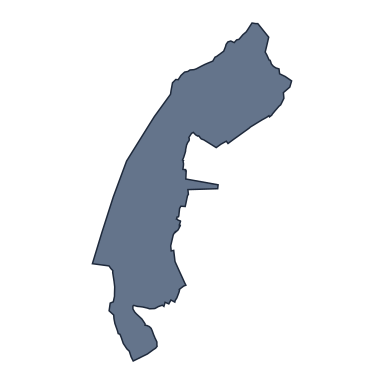 the district of Baile Tusnad, Harghita, Romania
{"feature_id": "2599482B24277216401355", "entity_name": "Baile Tusnad", "entity_type": "district", "adm_level": 2, "iso_a3": "ROU", "parent_name": "Romania", "parent_adm1": "Harghita", "projection": "albers", "projection_center": [25.861, 46.146], "detail": "fine", "context": "isolated", "style": "filled", "palette": "slate", "viewbox_px": 384, "rotation_deg": 0, "n_neighbors": 0, "source": "geoboundaries", "source_scale": "gbopen_adm2", "svg_char_len": 3014}
<svg xmlns="http://www.w3.org/2000/svg" viewBox="0 0 384 384"><path d="M252.0,23.0L249.6,26.7L247.6,29.8L246.2,31.9L243.0,34.6L239.0,39.3L236.6,39.9L234.2,42.6L230.8,41.0L227.9,41.9L226.1,44.4L225.5,46.7L223.7,51.2L216.7,56.4L215.0,57.2L212.8,61.1L210.4,62.1L207.9,63.1L204.9,64.4L201.7,66.0L196.4,68.8L194.1,69.6L189.9,70.0L188.0,71.4L184.6,72.1L181.0,75.4L178.2,79.7L175.8,79.5L172.5,82.8L171.8,86.7L171.1,90.4L170.5,94.3L154.4,116.5L149.8,123.8L126.6,161.0L113.3,196.9L101.8,232.8L92.4,263.7L109.0,265.9L110.9,268.6L112.8,270.6L112.7,272.5L114.1,281.6L114.7,286.9L114.5,294.3L114.5,296.3L113.3,301.8L110.2,303.1L109.1,310.8L113.7,315.0L114.0,318.8L114.9,323.5L117.5,330.9L118.2,333.6L120.0,334.3L121.3,337.6L123.3,343.5L126.9,348.9L129.3,351.2L131.1,356.8L133.2,361.0L142.7,356.3L147.4,354.0L153.3,349.7L155.6,348.2L157.1,346.3L156.9,345.0L156.9,342.0L155.4,338.8L154.9,337.9L154.6,337.0L154.2,336.1L153.6,334.7L152.3,331.0L151.1,328.3L149.3,326.6L146.9,325.5L145.0,325.2L145.1,324.3L145.0,323.7L144.6,323.1L142.7,320.2L141.8,318.9L136.5,314.0L134.8,312.2L133.2,309.5L132.9,308.7L132.9,307.8L132.9,306.6L133.0,306.1L133.3,305.6L133.8,305.4L137.4,306.4L139.8,306.6L142.8,307.0L147.5,308.1L149.5,308.8L154.1,308.6L154.9,308.5L156.6,307.6L158.3,306.6L162.3,305.2L163.9,306.4L165.1,302.3L168.8,303.9L170.9,300.0L174.8,302.1L175.2,300.5L175.4,300.2L176.8,298.0L177.8,295.4L179.0,292.2L179.6,289.8L179.3,289.4L180.2,288.7L183.6,286.1L185.9,285.2L184.6,282.7L181.8,276.5L180.0,272.6L175.8,263.3L175.0,261.5L173.7,250.4L171.2,250.9L170.7,245.9L173.2,235.1L173.5,234.4L174.3,233.1L175.2,231.9L175.4,232.1L175.5,231.8L175.7,232.0L176.5,231.3L177.0,230.8L177.4,230.6L177.8,230.2L178.3,229.5L179.4,227.4L179.4,226.3L179.5,226.0L180.0,226.2L180.3,225.3L179.3,224.9L180.2,222.4L180.5,221.3L180.5,221.1L180.1,220.8L178.2,220.2L177.0,219.0L176.5,219.0L177.1,217.0L178.5,216.8L178.8,215.7L179.6,208.4L180.9,206.2L185.2,206.5L185.5,205.1L185.8,203.8L187.5,195.7L188.4,194.4L187.9,189.6L217.7,188.7L218.1,184.8L185.8,179.0L186.1,172.6L186.2,170.9L185.5,170.8L185.6,170.0L185.6,169.6L182.9,169.4L183.4,165.8L183.5,164.3L183.5,163.5L183.4,162.8L183.2,162.2L183.1,161.4L183.5,160.6L182.5,160.0L183.6,157.6L185.0,153.2L185.6,151.0L185.6,149.8L186.7,144.5L187.0,144.2L187.3,143.6L187.4,143.0L188.2,141.8L189.1,140.6L189.3,138.8L188.8,137.6L191.5,133.4L193.3,132.4L195.7,134.9L197.8,136.1L198.7,135.8L201.2,138.9L203.7,139.8L210.0,143.7L216.2,147.6L220.9,144.2L226.3,141.2L228.0,143.5L232.7,140.0L238.0,136.2L249.1,128.2L250.4,127.0L258.2,122.2L262.5,119.6L264.0,118.8L266.5,117.4L267.4,116.8L268.9,115.7L269.5,116.9L271.7,115.2L272.2,114.3L272.4,114.0L274.8,111.1L278.9,106.3L280.7,104.8L282.3,101.6L283.9,98.3L283.4,92.6L289.8,87.1L291.6,80.9L285.2,76.5L279.6,73.8L279.0,68.9L275.8,67.9L273.5,66.4L273.0,65.9L272.3,65.1L271.8,64.5L271.3,63.8L271.0,62.8L270.9,62.5L270.7,61.8L270.1,60.3L269.1,60.0L266.8,54.9L265.2,52.1L267.0,44.6L268.7,37.2L257.8,23.6L255.7,23.6L252.0,23.0Z" fill="#64748b" stroke="#1e293b" stroke-width="1.5"/></svg>